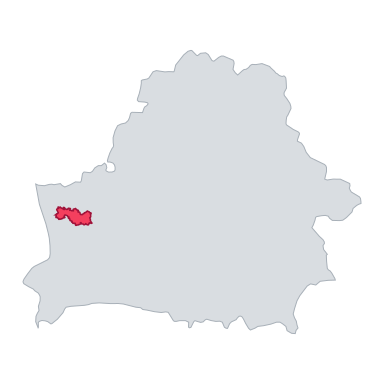 Masty, Grodno, Belarus (highlighted)
{"feature_id": "67162791B96733958179229", "entity_name": "Masty", "entity_type": "district", "adm_level": 2, "iso_a3": "BLR", "parent_name": "Belarus", "parent_adm1": "Grodno", "projection": "orthographic", "projection_center": [24.533, 53.402], "detail": "fine", "context": "in_parent", "style": "filled", "palette": "rose", "viewbox_px": 384, "rotation_deg": 0, "n_neighbors": 0, "source": "geoboundaries", "source_scale": "gbopen_adm2", "svg_char_len": 8434}
<svg xmlns="http://www.w3.org/2000/svg" viewBox="0 0 384 384"><path d="M335.3,280.1L328.4,280.3L320.1,281.3L315.8,285.0L310.6,283.9L307.2,286.0L299.8,295.7L297.0,300.8L294.6,308.4L293.2,314.0L294.5,317.8L296.3,321.2L297.0,325.0L298.0,328.0L296.1,330.3L295.2,333.6L291.6,333.3L287.1,330.7L285.9,326.4L282.3,323.6L280.0,322.2L276.5,322.2L270.9,324.1L263.5,325.7L257.9,326.4L254.9,328.2L250.4,330.0L248.6,328.3L245.7,323.5L243.3,318.7L241.8,316.6L240.5,316.1L239.0,316.3L237.3,318.0L236.1,319.7L231.5,321.8L229.6,323.7L227.5,328.4L226.0,328.2L224.4,327.2L222.3,322.2L219.8,321.2L215.8,321.4L210.9,320.5L206.8,319.2L205.4,319.7L203.1,321.9L200.6,322.4L194.9,320.7L193.8,321.6L190.9,327.4L189.4,327.8L188.5,327.1L188.7,322.2L185.4,320.6L179.9,320.6L176.1,321.4L174.2,321.3L173.2,320.4L168.2,312.3L165.7,311.9L161.2,312.5L154.6,311.7L147.0,310.1L142.8,309.5L140.6,307.7L135.9,307.2L123.3,304.0L118.2,303.5L110.7,303.6L99.2,302.9L91.9,303.4L88.5,304.6L84.5,305.3L71.0,306.3L66.1,307.2L64.7,309.0L63.0,312.7L57.4,319.2L51.9,323.6L50.9,323.9L47.7,321.6L45.0,320.8L41.9,320.5L39.7,321.2L38.3,322.3L38.4,327.3L38.1,327.8L35.7,321.7L36.0,316.3L37.4,313.2L39.0,310.5L38.4,306.3L40.1,300.8L40.2,296.8L39.5,295.0L38.2,293.0L34.8,290.8L33.2,289.0L28.5,286.6L23.8,283.7L23.0,281.9L23.3,280.7L24.1,278.9L27.8,273.6L31.8,268.4L34.3,266.4L47.6,259.8L49.6,257.5L50.2,253.6L50.0,245.6L49.3,238.3L48.3,233.3L45.9,223.8L39.4,204.3L35.7,184.0L38.3,185.2L44.4,185.7L49.3,184.4L51.8,184.2L54.0,184.7L60.4,183.6L62.0,185.4L64.8,187.0L70.4,184.7L75.4,181.9L80.5,182.2L81.3,180.8L82.5,173.6L84.0,172.0L90.2,172.7L92.4,171.4L94.8,167.9L98.4,165.6L101.4,165.6L104.5,163.1L106.1,164.7L106.8,167.7L105.8,170.1L106.3,171.0L108.5,172.1L112.2,172.0L114.6,171.0L115.1,169.6L115.1,167.2L114.5,164.9L112.9,163.0L109.9,162.0L107.8,162.0L107.4,160.7L108.1,158.0L109.8,153.1L112.0,148.6L113.3,146.9L113.6,145.3L113.2,142.6L113.1,137.7L115.0,130.9L117.6,125.7L121.1,124.0L125.5,123.0L128.2,120.5L129.5,117.7L130.6,113.3L132.0,112.3L142.5,112.6L144.0,108.2L144.8,106.9L146.8,105.6L148.1,103.9L147.6,102.8L144.9,102.1L138.6,101.6L137.3,100.1L137.6,98.4L139.2,93.8L140.6,88.0L141.3,83.4L141.3,80.7L142.2,80.0L147.2,79.0L148.9,78.0L153.0,71.8L156.3,70.6L164.9,71.9L168.8,71.6L173.8,71.8L174.2,71.2L175.7,65.0L183.7,54.9L188.0,51.3L190.8,50.4L191.8,50.5L196.6,55.4L197.6,55.6L200.5,53.3L205.7,52.8L208.2,54.5L212.0,60.6L213.9,61.2L218.7,57.4L221.4,56.0L223.3,56.0L233.1,60.2L233.9,61.7L234.1,63.6L233.0,69.4L235.3,72.8L237.7,75.0L242.4,70.7L244.1,69.5L246.1,69.3L248.6,67.6L250.4,65.3L252.2,64.4L255.7,64.6L262.0,63.6L269.7,66.5L270.4,67.5L274.4,71.2L275.9,73.1L277.2,73.7L279.3,75.5L282.1,76.5L283.9,75.9L284.8,76.5L285.8,78.0L286.1,80.6L286.5,88.2L284.2,92.4L284.0,93.8L284.3,95.5L286.7,98.5L289.9,103.4L290.8,106.3L291.0,108.5L287.8,115.3L286.7,116.9L286.2,120.2L286.0,123.5L286.4,124.8L293.2,129.4L298.1,131.8L299.3,133.0L299.5,133.9L297.5,139.7L297.4,141.2L301.4,143.1L303.8,146.5L306.2,152.3L310.3,157.6L324.6,164.5L325.9,165.9L326.5,167.6L326.5,171.5L324.7,179.1L327.2,180.0L333.1,179.1L340.4,179.2L349.7,183.5L350.0,185.8L349.3,188.1L350.2,190.2L351.3,192.0L359.6,197.0L360.5,198.6L360.9,201.4L361.0,203.5L358.9,204.2L356.7,205.4L353.1,208.4L352.0,212.0L346.4,217.6L342.8,220.2L339.7,220.6L332.3,220.4L329.5,218.2L328.3,216.2L325.4,215.4L321.6,215.7L316.6,216.6L315.6,217.4L315.0,220.2L313.3,225.0L311.9,227.7L319.3,236.3L323.0,239.7L324.3,241.9L324.4,243.5L323.0,245.6L323.6,249.5L327.3,254.3L326.3,255.2L326.6,261.5L327.3,268.3L328.3,269.8L330.2,271.0L331.9,273.3L334.9,278.6L335.3,280.1Z" fill="#d9dde1" stroke="#a8b0b8" stroke-width="1"/><path d="M55.6,214.8L55.9,214.8L56.1,214.9L56.2,215.1L56.2,215.5L56.0,216.0L56.3,216.3L56.1,216.7L56.0,216.9L55.9,217.1L56.0,217.5L56.3,217.6L56.6,217.4L56.8,217.3L57.0,217.5L57.3,217.6L57.6,217.7L57.7,217.9L57.9,218.2L58.0,218.4L58.3,218.5L58.5,218.6L58.6,218.9L58.7,219.0L58.8,219.3L59.1,219.3L59.3,219.3L59.4,219.1L59.6,219.1L59.8,219.0L60.1,219.1L60.5,219.2L60.9,219.2L61.2,219.0L61.3,218.8L61.4,218.7L61.8,218.7L62.1,218.6L62.6,218.6L62.9,218.3L63.1,218.1L63.2,217.8L63.4,217.6L63.6,217.6L63.8,217.6L64.0,217.7L64.2,217.8L64.5,217.8L64.8,217.6L64.9,217.4L64.7,217.2L64.3,216.8L64.1,216.5L64.1,216.4L64.4,216.2L64.6,215.9L64.6,215.6L64.5,215.4L64.6,215.2L65.0,215.0L65.3,215.0L65.6,215.0L65.8,215.1L66.2,215.3L66.6,215.4L67.0,215.6L67.4,215.7L67.6,216.0L67.7,216.5L67.8,216.7L68.0,216.8L68.5,216.8L68.8,216.9L68.8,217.1L68.6,217.4L68.4,217.6L68.4,217.8L68.4,218.1L68.5,218.2L68.7,218.3L69.0,218.3L69.5,218.4L69.5,218.7L69.4,218.9L69.6,219.0L69.8,219.1L69.9,219.4L69.9,219.6L69.9,219.9L70.0,220.2L70.0,220.5L70.4,220.7L70.7,220.7L70.9,220.7L71.1,220.9L71.3,221.1L71.7,221.1L71.9,221.1L72.0,221.2L72.0,221.4L71.8,221.7L71.7,222.0L71.8,222.2L72.0,222.2L72.4,222.3L72.4,222.5L72.6,222.8L72.7,223.0L72.8,223.2L73.1,223.4L73.5,223.3L73.9,223.3L74.4,223.3L74.8,223.3L75.1,223.3L75.3,223.6L75.3,223.8L75.4,224.0L75.3,224.4L75.3,224.6L75.7,224.7L75.8,225.0L75.8,225.3L76.0,225.4L76.4,225.3L76.7,225.2L77.0,225.1L77.3,225.0L77.8,225.0L78.2,225.0L78.4,224.9L78.6,224.6L78.9,224.5L79.3,224.5L79.6,224.5L79.9,224.4L80.0,224.3L80.3,224.0L80.4,223.7L80.5,223.5L80.5,223.3L80.5,223.0L80.4,222.8L80.6,222.6L81.0,222.6L81.2,222.9L81.3,223.2L81.3,223.5L81.4,223.8L81.6,223.9L82.0,224.0L82.5,224.0L83.1,224.0L83.4,224.2L83.5,224.4L83.6,224.6L83.9,224.8L84.2,224.8L84.5,224.7L85.0,224.5L85.2,224.3L85.4,224.1L85.5,223.9L85.6,223.7L85.9,223.7L86.0,223.8L86.2,224.2L86.3,224.4L86.5,224.5L86.9,224.6L87.1,224.6L87.5,224.8L87.8,224.9L88.1,224.9L88.4,224.8L88.4,224.5L88.4,224.3L88.7,223.9L88.9,223.9L89.2,223.8L89.3,223.6L89.3,223.4L89.2,223.2L89.3,222.9L89.9,222.8L90.1,222.8L90.5,222.9L90.7,223.2L91.0,223.4L91.3,223.4L91.5,223.2L91.9,223.0L91.7,222.8L91.4,222.5L91.0,222.0L91.0,221.5L90.8,221.2L90.5,221.0L90.3,220.3L90.4,219.8L90.4,219.2L90.2,219.0L90.0,218.8L89.9,218.5L90.0,218.2L89.9,217.8L89.8,217.6L90.0,217.4L90.4,217.3L90.5,217.0L90.7,216.7L90.7,216.2L90.7,215.6L90.6,214.9L90.5,214.5L90.4,214.1L90.7,214.0L91.1,213.8L91.1,213.6L91.0,213.1L90.8,212.8L90.4,212.7L90.0,212.7L89.7,212.5L89.4,212.2L89.3,211.9L88.8,211.8L88.7,211.8L88.4,211.7L88.2,211.6L87.9,211.4L87.8,211.1L87.7,211.0L87.3,211.2L87.1,211.3L86.9,211.3L86.7,211.4L86.6,211.5L86.3,212.0L86.2,212.0L85.9,212.1L85.6,212.5L85.1,212.7L84.7,212.7L84.4,212.7L84.3,213.0L84.2,213.3L84.1,213.5L83.9,213.6L83.5,213.7L83.0,213.9L82.8,214.1L82.7,214.4L82.5,214.6L82.2,214.5L82.0,214.4L81.7,214.4L81.6,214.5L81.3,214.7L80.9,214.7L80.7,214.6L80.5,214.4L80.3,214.2L80.2,214.1L80.1,213.7L80.1,213.3L80.1,213.0L79.9,212.6L79.7,212.4L79.6,212.2L79.2,212.1L78.8,212.1L78.5,212.1L78.2,212.1L78.0,211.9L78.1,211.6L78.3,211.4L78.5,211.1L78.5,210.8L78.4,210.5L78.2,210.3L77.6,210.4L77.4,210.4L77.2,210.2L77.1,209.9L77.0,209.7L76.8,209.6L76.6,209.5L76.4,209.5L76.2,209.4L76.0,209.1L75.9,208.9L75.8,208.7L75.6,208.5L75.4,208.5L75.2,208.7L75.1,208.8L74.8,208.9L74.5,208.9L74.1,208.9L73.4,209.2L73.2,209.3L73.1,209.6L73.2,210.1L73.2,210.3L73.4,210.5L73.4,210.8L72.9,210.8L72.5,210.7L72.3,210.7L72.0,210.8L71.8,210.8L71.7,210.8L71.5,210.6L71.3,210.5L71.1,210.3L70.9,210.2L70.6,210.2L70.3,210.3L70.0,210.3L69.8,210.3L69.8,210.0L69.8,209.8L69.8,209.6L70.0,209.3L70.2,209.1L70.3,208.9L70.4,208.7L70.1,208.4L69.9,208.4L69.6,208.4L69.3,208.3L69.2,208.3L68.6,208.2L68.1,208.4L68.0,208.5L67.9,208.7L68.0,208.9L67.9,209.3L67.7,209.3L67.4,209.3L67.1,209.4L66.9,209.5L66.7,209.5L66.3,209.3L66.1,209.1L65.9,209.0L65.7,209.0L65.4,209.0L65.2,208.8L65.1,208.6L64.9,208.3L64.9,208.2L64.6,207.8L64.4,207.6L64.2,207.5L63.8,207.4L63.6,207.4L63.4,207.5L63.3,207.9L63.3,208.1L63.7,208.3L63.8,208.4L64.1,208.6L64.3,208.8L64.4,209.1L64.4,209.3L64.3,209.5L64.0,209.5L63.7,209.4L63.2,209.1L63.0,208.9L62.8,208.8L62.7,208.7L62.4,208.4L62.2,208.4L61.8,208.3L61.7,208.2L61.3,207.9L61.0,207.9L60.9,207.8L60.8,207.7L60.6,207.6L60.5,207.4L60.3,207.2L60.2,207.1L60.0,207.3L59.9,207.4L59.8,207.5L59.6,207.5L59.4,207.4L59.2,207.3L59.0,207.2L58.8,207.1L58.6,207.0L58.4,207.0L58.1,207.1L58.1,207.4L58.2,207.6L58.4,208.0L58.6,208.3L58.5,208.5L58.0,208.4L57.9,208.4L57.5,208.4L57.4,208.7L57.2,208.9L57.0,209.0L56.9,209.2L56.7,209.5L56.8,209.9L56.9,210.2L57.1,210.5L57.5,210.9L57.5,211.2L57.6,211.5L57.7,211.8L57.8,212.0L58.1,212.3L58.3,212.5L58.3,212.8L58.2,213.0L57.9,213.2L57.7,213.5L57.3,213.8L57.1,213.7L56.9,213.7L56.5,213.9L56.4,214.0L56.4,214.3L56.1,214.6L55.9,214.6L55.6,214.8Z" fill="#f43f5e" stroke="#9f1239" stroke-width="1.5"/></svg>